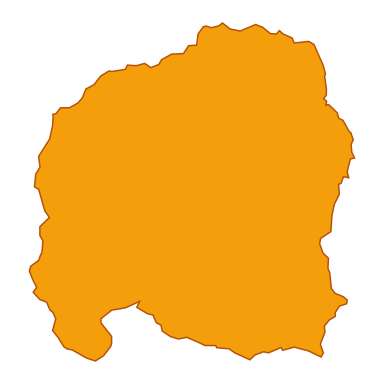 outline of Villalba, Puerto Rico
{"feature_id": "32010507B77779311465946", "entity_name": "Villalba", "entity_type": "district", "adm_level": 2, "iso_a3": "PRI", "parent_name": "Puerto Rico", "parent_adm1": "", "projection": "natural_earth1", "projection_center": [-66.472, 18.13], "detail": "fine", "context": "isolated", "style": "filled", "palette": "amber", "viewbox_px": 384, "rotation_deg": 0, "n_neighbors": 0, "source": "geoboundaries", "source_scale": "gbopen_adm2", "svg_char_len": 1930}
<svg xmlns="http://www.w3.org/2000/svg" viewBox="0 0 384 384"><path d="M279.4,30.6L276.4,34.0L270.5,33.7L262.7,27.3L255.6,24.5L240.3,31.0L230.3,29.1L222.5,23.0L218.8,25.9L211.4,27.7L206.3,26.1L203.4,26.6L198.1,34.0L196.6,45.2L188.6,45.7L183.4,53.6L171.6,54.1L161.6,59.7L158.8,64.5L150.7,67.6L148.1,65.7L144.6,63.4L136.5,65.7L127.4,65.1L125.4,69.3L112.0,71.5L109.1,70.9L100.6,76.1L94.0,84.7L86.0,88.9L82.2,98.1L77.9,103.0L69.6,107.7L60.4,107.9L56.1,113.6L52.7,114.4L53.2,115.9L52.6,125.6L49.6,139.1L38.6,156.4L40.0,167.2L35.7,174.2L34.8,183.9L34.4,186.8L38.7,189.3L44.7,210.7L49.4,217.5L39.9,226.6L39.9,235.5L42.9,241.0L42.0,252.1L41.4,253.5L40.5,255.1L38.7,260.3L30.6,266.3L29.4,271.2L33.0,280.2L36.6,287.3L33.2,292.3L39.9,299.6L46.6,302.1L49.9,309.9L52.8,312.3L55.8,318.7L52.6,330.5L58.1,337.5L63.9,346.8L67.0,348.9L72.2,349.9L86.7,358.1L95.3,361.0L103.5,355.8L110.7,346.5L111.6,343.5L111.6,336.4L100.9,322.8L101.0,318.7L111.8,310.1L125.3,307.9L139.6,301.4L136.8,307.4L147.7,313.8L152.9,315.0L156.3,322.7L161.0,325.2L162.2,331.0L170.3,336.5L178.6,339.0L186.8,337.3L200.9,343.5L204.7,345.5L215.8,345.6L216.7,347.7L229.1,348.8L234.9,352.9L249.9,359.8L255.1,354.9L263.4,351.8L268.6,352.8L281.1,347.5L282.7,350.3L294.1,347.1L308.6,351.0L321.1,357.0L323.4,353.0L320.3,344.2L325.0,332.1L324.3,326.3L329.1,320.1L335.3,316.3L335.3,312.5L339.5,306.1L346.7,303.7L347.2,300.0L343.2,296.7L335.2,293.4L331.4,288.5L329.7,272.6L327.9,268.2L328.5,258.3L323.0,253.1L319.7,243.9L320.5,238.5L330.9,231.6L331.9,215.7L334.4,204.1L339.3,194.3L338.6,184.4L341.1,183.3L343.5,176.6L348.7,177.8L347.2,171.7L350.4,159.0L354.6,158.0L351.8,152.3L351.1,144.4L353.2,139.9L350.9,132.8L348.9,131.1L343.0,120.3L338.7,118.3L337.2,112.8L328.7,104.6L325.7,105.1L326.7,101.4L323.6,98.7L326.3,95.1L326.4,88.8L324.6,76.2L325.5,74.1L323.1,65.1L313.9,44.4L308.6,41.4L294.2,43.0L292.1,38.0L282.9,33.9L279.4,30.6Z" fill="#f59e0b" stroke="#b45309" stroke-width="1.5"/></svg>